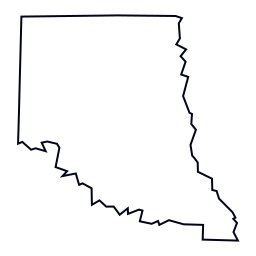 Sevier, Arkansas, United States of America (Albers equal-area conic projection)
{"feature_id": "52423323B63638786048943", "entity_name": "Sevier", "entity_type": "district", "adm_level": 2, "iso_a3": "USA", "parent_name": "United States of America", "parent_adm1": "Arkansas", "projection": "albers", "projection_center": [-94.206, 33.972], "detail": "fine", "context": "isolated", "style": "outline", "palette": "ink", "viewbox_px": 256, "rotation_deg": 0, "n_neighbors": 0, "source": "geoboundaries", "source_scale": "gbopen_adm2", "svg_char_len": 941}
<svg xmlns="http://www.w3.org/2000/svg" viewBox="0 0 256 256"><path d="M18.1,143.7L22.3,141.9L31.1,149.7L35.6,148.3L45.7,151.2L41.7,142.7L47.2,141.5L57.0,143.8L59.4,147.8L55.6,167.1L67.1,171.2L62.5,176.1L75.8,173.5L79.1,184.8L82.6,183.4L91.6,188.3L91.9,204.8L99.5,200.4L106.2,206.6L113.7,206.6L119.7,214.7L127.8,208.3L128.0,213.9L139.0,209.6L142.5,210.6L139.8,221.3L151.7,223.8L158.1,221.0L159.3,224.9L168.9,220.2L183.7,224.3L203.1,224.9L202.7,239.6L237.9,240.6L233.5,232.1L237.0,222.9L233.3,218.9L235.4,217.6L232.5,212.2L219.0,198.6L216.6,191.0L212.3,190.0L212.0,178.7L197.9,171.8L197.7,162.5L194.1,157.7L192.2,155.7L190.5,144.9L195.9,129.8L191.3,124.0L192.0,114.0L189.5,112.8L183.1,96.1L188.2,76.9L181.2,74.5L185.6,61.7L180.6,56.2L186.1,49.4L176.3,44.4L179.9,38.4L178.8,23.3L181.9,18.1L175.6,16.0L117.6,15.4L117.1,15.4L21.4,16.6L19.2,102.3L19.2,103.5L18.3,135.3L18.2,137.1L18.1,143.7Z" fill="none" stroke="#020617" stroke-width="2"/></svg>